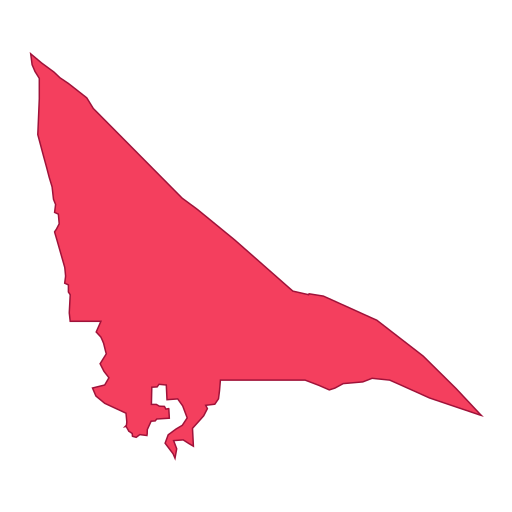 the district of Bayramaly, Mary, Turkmenistan
{"feature_id": "10190150B73073283057167", "entity_name": "Bayramaly", "entity_type": "district", "adm_level": 2, "iso_a3": "TKM", "parent_name": "Turkmenistan", "parent_adm1": "Mary", "projection": "robinson", "projection_center": [62.199, 38.282], "detail": "fine", "context": "isolated", "style": "filled", "palette": "rose", "viewbox_px": 512, "rotation_deg": 0, "n_neighbors": 0, "source": "geoboundaries", "source_scale": "gbopen_adm2", "svg_char_len": 2165}
<svg xmlns="http://www.w3.org/2000/svg" viewBox="0 0 512 512"><path d="M125.6,426.5L125.9,426.5L126.2,426.5L128.5,430.6L128.7,431.1L132.2,433.5L132.4,435.7L132.5,436.3L136.2,437.3L139.8,434.6L146.9,435.5L146.9,435.4L147.2,433.8L147.2,433.7L147.3,429.6L151.1,421.2L152.6,421.1L155.2,420.9L155.4,420.6L156.8,419.0L169.3,418.2L169.2,415.7L168.8,408.8L168.7,408.6L165.9,409.1L164.9,407.3L164.4,406.4L159.4,406.2L156.3,404.4L151.4,404.4L151.8,387.2L157.1,386.9L159.0,384.3L166.3,385.0L167.0,399.7L177.7,398.9L182.7,405.9L187.2,417.9L182.3,425.3L176.9,428.5L176.2,428.9L168.2,434.8L165.1,443.2L173.1,453.8L175.0,458.2L176.7,448.8L173.6,440.6L183.2,439.9L188.8,443.5L193.4,446.2L192.5,428.3L199.0,421.1L203.7,415.8L207.4,408.6L205.7,405.3L214.8,404.2L218.5,398.8L219.5,390.8L220.4,380.1L235.7,380.1L259.0,380.1L283.2,380.1L305.1,380.1L319.0,385.4L329.3,389.9L334.9,388.1L343.2,383.6L362.8,381.9L372.1,378.3L376.9,378.8L389.7,380.1L399.2,384.3L429.6,398.0L479.9,415.0L481.3,415.4L480.3,414.4L456.1,388.6L432.2,365.0L432.0,364.8L423.2,356.1L399.4,337.7L390.6,330.9L376.8,320.2L371.6,317.9L339.1,303.2L323.4,296.1L309.1,293.8L308.6,294.7L292.8,291.1L243.5,247.7L235.0,240.2L197.5,209.5L182.2,198.2L93.3,108.5L86.8,97.9L68.6,83.6L60.0,77.8L54.0,72.1L41.5,62.9L30.7,53.8L30.8,54.5L32.1,64.7L34.0,69.1L35.0,71.5L36.9,74.5L39.3,78.4L39.3,98.9L37.8,134.6L43.5,156.0L46.8,168.1L49.2,177.3L52.1,186.9L52.8,193.1L53.5,199.3L55.4,204.0L55.6,204.4L54.6,212.4L56.8,213.4L58.3,214.1L58.4,214.6L59.2,223.8L56.4,229.2L54.6,231.8L54.7,232.4L54.8,232.7L57.4,241.6L64.7,267.2L64.9,268.7L65.6,276.1L65.5,276.7L65.5,277.0L64.7,283.2L66.7,284.1L68.4,284.9L68.4,292.0L70.2,294.7L70.2,295.1L69.3,312.2L69.3,313.3L69.4,314.0L70.2,321.3L76.7,321.3L100.9,321.3L100.4,322.5L96.2,332.0L100.0,336.1L100.9,337.1L101.6,338.6L102.4,340.4L103.6,343.3L104.2,345.7L105.6,351.4L106.3,353.8L106.2,354.0L102.8,359.4L100.6,363.0L100.1,363.7L103.9,371.2L104.5,372.0L108.9,377.7L108.9,377.8L104.7,385.0L92.5,388.0L95.9,396.0L96.0,396.1L98.9,398.5L104.7,403.3L126.0,413.2L126.6,419.6L126.8,422.0L126.6,423.9L126.4,425.4L125.7,426.0L125.1,426.6L125.6,426.5Z" fill="#f43f5e" stroke="#9f1239" stroke-width="1.5"/></svg>